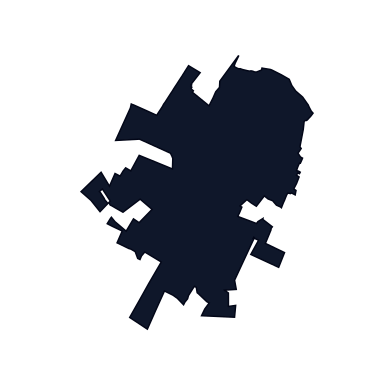 Cuzamá, Yucatán, Mexico, rotated 17°
{"feature_id": "50627088B68514471367949", "entity_name": "Cuzamá", "entity_type": "district", "adm_level": 2, "iso_a3": "MEX", "parent_name": "Mexico", "parent_adm1": "Yucatán", "projection": "robinson", "projection_center": [-89.348, 20.713], "detail": "fine", "context": "isolated", "style": "filled", "palette": "ink", "viewbox_px": 384, "rotation_deg": 17, "n_neighbors": 0, "source": "geoboundaries", "source_scale": "gbopen_adm2", "svg_char_len": 3202}
<svg xmlns="http://www.w3.org/2000/svg" viewBox="0 0 384 384"><g transform="rotate(17 192 192)"><path d="M151.8,72.2L150.2,78.0L149.9,79.0L149.8,79.6L149.0,82.4L148.7,83.7L147.9,86.3L147.7,86.9L147.7,87.1L147.6,87.4L147.2,88.7L146.3,91.9L145.7,94.0L144.8,97.0L144.6,97.8L144.3,98.8L143.6,101.6L142.9,103.8L140.5,112.3L140.0,114.1L139.2,116.3L138.8,118.6L138.1,121.1L137.7,122.5L136.7,125.8L136.2,127.7L136.0,128.2L135.9,128.9L135.9,129.0L123.7,127.4L110.7,125.8L109.5,125.8L108.2,125.6L108.5,129.7L103.9,165.0L122.3,158.3L126.3,156.8L160.1,161.2L162.5,163.8L163.8,165.5L166.6,175.7L159.3,175.0L130.8,172.4L127.3,189.7L121.5,188.3L120.0,192.1L118.6,197.8L113.0,196.8L111.4,210.6L99.3,199.7L93.5,210.2L93.5,210.3L93.4,210.3L85.8,224.1L97.8,229.5L109.8,237.7L113.5,230.3L114.9,227.6L112.6,226.0L112.0,225.7L111.0,225.1L109.9,223.8L104.8,219.5L103.3,218.7L105.4,215.3L113.9,222.4L116.6,224.6L115.6,226.3L117.6,228.4L119.6,228.7L123.8,229.7L131.9,231.5L144.5,214.0L158.9,220.3L150.4,236.8L143.9,234.8L140.5,248.7L127.0,242.9L122.3,239.7L121.7,241.3L120.2,247.1L125.8,248.1L136.7,249.7L135.2,262.5L148.7,264.6L149.2,264.3L155.1,265.6L159.5,271.4L162.0,271.8L162.4,267.9L164.4,263.2L183.1,267.9L177.4,292.2L173.4,310.8L169.1,330.2L189.4,336.2L191.8,316.3L194.6,294.7L203.8,296.2L209.0,297.9L216.9,302.3L217.4,299.4L219.0,295.4L218.9,292.0L221.4,282.9L221.5,282.7L222.1,281.4L224.0,282.0L226.4,286.8L227.9,287.4L238.3,292.6L240.9,293.0L238.4,300.2L237.3,307.5L269.3,299.3L266.9,287.7L260.3,290.8L257.6,282.0L256.3,277.9L253.6,277.0L251.8,276.6L251.6,276.4L262.8,272.2L258.5,263.9L263.2,230.2L264.8,218.9L264.0,218.7L264.2,217.2L265.0,217.3L265.1,218.1L269.8,218.6L266.5,234.5L296.9,238.7L298.2,222.9L277.2,219.7L278.6,205.2L278.3,203.7L279.0,201.8L267.7,197.5L267.6,196.6L263.7,201.0L262.9,203.3L256.1,202.8L243.0,202.0L243.2,199.3L243.4,199.0L244.1,191.9L243.2,191.7L242.3,191.5L242.0,191.3L242.1,191.1L242.5,190.4L246.7,183.3L246.9,183.3L252.0,185.2L257.7,186.8L262.3,174.6L266.0,176.1L266.7,176.4L271.8,176.8L273.1,177.7L276.6,179.9L280.7,180.4L281.5,180.6L282.1,180.9L282.5,175.7L282.9,172.8L283.1,170.0L283.4,166.8L284.0,165.0L286.7,164.7L287.4,163.8L291.5,164.6L291.0,160.1L288.4,159.3L289.5,153.2L290.0,146.3L287.0,145.4L287.6,142.9L289.4,143.1L289.7,141.4L287.9,140.9L285.7,141.0L285.8,137.4L286.0,135.2L286.4,132.8L287.2,132.8L287.7,128.8L287.8,127.3L285.5,126.8L282.0,123.9L283.7,118.5L282.0,117.2L280.1,99.6L278.6,91.8L279.2,90.6L280.3,90.3L281.2,89.4L282.2,87.2L283.2,85.3L284.0,83.2L284.7,81.2L282.4,79.8L279.4,76.8L277.4,74.5L276.9,74.2L270.1,68.9L261.6,65.1L256.3,61.0L252.0,55.8L243.2,53.8L232.7,52.0L231.1,51.9L223.9,52.9L222.7,53.0L222.8,55.1L218.6,58.4L216.8,58.9L214.8,58.7L213.0,58.9L211.6,59.6L209.5,59.8L204.7,60.1L202.0,60.0L200.7,60.5L198.3,60.3L195.5,59.6L195.6,56.2L196.8,48.5L196.7,47.8L186.2,77.9L187.7,83.9L185.4,89.2L184.6,96.1L183.1,104.6L163.2,96.5L163.4,95.9L163.5,95.5L163.6,95.1L163.7,94.8L162.3,94.2L162.1,94.1L161.4,93.8L161.0,93.6L160.8,93.3L161.1,92.4L160.9,92.4L160.7,92.3L160.9,91.6L160.1,91.3L159.9,91.2L160.0,90.7L160.1,90.3L160.4,89.7L159.6,89.3L160.4,87.2L164.9,75.5L161.4,74.6L156.1,73.3L151.8,72.2Z" fill="#0f172a" stroke="#020617" stroke-width="1.5"/></g></svg>